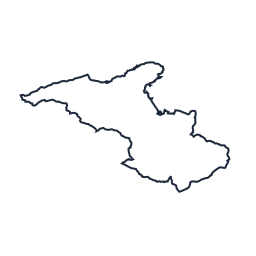 outline of Lunca De Jos, Harghita, Romania, rotated 145°
{"feature_id": "2599482B38350434394464", "entity_name": "Lunca De Jos", "entity_type": "district", "adm_level": 2, "iso_a3": "ROU", "parent_name": "Romania", "parent_adm1": "Harghita", "projection": "natural_earth1", "projection_center": [25.966, 46.606], "detail": "fine", "context": "isolated", "style": "outline", "palette": "slate", "viewbox_px": 256, "rotation_deg": 145, "n_neighbors": 0, "source": "geoboundaries", "source_scale": "gbopen_adm2", "svg_char_len": 5749}
<svg xmlns="http://www.w3.org/2000/svg" viewBox="0 0 256 256"><g transform="rotate(145 128 128)"><path d="M197.2,216.3L197.2,215.5L197.5,215.1L197.4,213.8L197.9,212.3L198.3,211.8L196.7,210.2L196.3,209.4L197.0,208.4L194.4,206.6L193.7,205.4L193.8,204.9L193.6,204.2L192.3,202.9L193.1,201.8L193.0,201.3L192.1,200.2L191.7,199.9L189.3,199.8L186.4,200.2L183.9,199.9L183.0,200.0L181.9,199.4L180.1,198.8L180.2,197.8L180.1,197.3L179.7,196.8L177.3,196.0L176.5,195.6L175.2,195.3L173.6,194.4L172.9,193.6L171.7,190.9L171.3,190.4L170.7,189.9L169.6,189.5L169.0,188.3L167.3,185.9L164.6,183.7L164.3,183.0L164.7,181.9L165.4,181.0L167.0,180.1L167.4,179.0L168.1,178.2L168.2,177.8L166.7,175.6L166.4,175.0L166.5,174.0L167.2,173.1L164.5,172.0L163.7,171.5L162.4,170.0L161.9,168.9L162.0,168.7L161.7,168.5L161.8,168.0L162.4,167.1L162.3,166.0L161.8,164.8L161.6,162.5L162.4,161.7L163.3,161.3L163.3,159.9L161.2,157.4L159.5,155.0L158.7,154.5L158.0,153.7L157.8,152.2L156.7,150.7L155.3,146.9L154.9,143.6L155.4,143.4L153.9,143.0L151.5,143.5L148.2,142.3L147.6,140.5L146.8,139.2L145.4,138.0L143.8,137.0L142.1,136.4L141.4,135.5L140.6,133.9L139.0,132.7L138.5,132.0L138.0,130.0L137.2,128.2L137.5,126.5L137.5,125.2L136.3,123.5L135.9,122.1L132.8,118.9L133.4,117.6L133.8,115.9L133.5,114.9L133.7,114.1L134.5,112.8L135.6,111.9L136.7,111.5L136.8,110.8L137.1,110.5L139.2,111.0L140.7,108.8L142.5,104.2L142.5,103.6L142.1,102.3L142.2,100.6L141.9,99.4L143.7,100.0L144.5,100.7L144.8,101.7L145.7,101.9L145.7,102.2L145.8,102.2L147.8,102.5L150.2,102.1L151.4,102.6L153.3,102.5L153.1,102.1L151.3,99.2L150.3,96.9L148.3,93.2L145.0,89.9L145.2,88.1L144.8,85.6L145.3,84.3L144.6,83.5L144.6,82.6L144.1,82.1L143.8,81.3L144.4,80.5L144.1,79.8L143.7,79.5L143.7,79.2L143.1,78.8L142.3,78.0L140.8,77.3L140.1,76.7L139.7,76.5L139.6,75.4L139.2,74.9L139.1,73.8L138.4,73.1L137.3,70.8L136.5,70.2L135.5,68.8L135.6,68.5L135.3,68.3L134.9,67.1L134.0,67.0L132.9,66.3L132.4,65.8L132.2,65.3L129.8,63.9L129.7,63.2L129.4,63.0L129.0,62.8L128.6,62.9L128.5,62.6L127.9,62.5L126.5,61.9L126.2,61.4L122.7,63.3L120.3,63.7L121.2,63.1L121.6,62.5L122.0,60.3L123.5,57.9L123.7,57.3L123.3,56.1L122.6,55.4L121.6,53.4L121.6,53.1L122.8,50.7L122.7,46.7L122.1,46.1L114.5,44.5L114.1,44.7L113.0,44.4L111.4,44.9L109.5,46.3L107.8,47.9L107.2,47.8L105.5,47.1L102.7,44.6L102.3,44.4L100.1,43.7L97.3,43.7L95.5,43.0L93.8,42.7L91.4,41.5L88.8,41.5L88.3,41.9L87.4,41.6L86.4,42.0L86.0,41.8L85.9,42.3L85.1,42.7L82.2,43.3L76.5,43.3L74.9,42.9L71.9,40.0L70.9,39.7L68.8,41.2L66.1,42.3L65.3,42.9L64.9,43.3L65.4,43.7L65.4,44.3L64.3,44.2L62.7,44.5L62.1,46.8L62.3,47.6L62.1,48.7L61.8,49.4L61.6,49.8L59.4,50.9L59.0,51.3L58.4,52.1L57.7,53.7L58.6,55.4L59.0,57.1L58.8,57.7L58.9,58.3L59.2,58.6L60.0,59.1L60.7,59.8L61.6,60.3L62.3,61.1L62.4,62.1L63.0,62.6L64.2,64.6L65.7,65.5L66.0,67.2L66.2,67.7L67.0,68.1L67.7,70.1L70.1,71.6L70.9,71.6L71.4,72.6L71.1,75.6L71.8,77.5L72.2,78.1L72.6,79.2L73.3,79.7L73.3,80.1L73.1,80.3L73.2,81.0L74.0,81.9L74.9,82.6L75.1,83.0L77.7,83.4L79.1,83.1L79.6,86.1L80.2,86.7L79.2,87.1L77.4,87.1L77.4,87.6L76.2,88.2L75.1,90.8L74.1,92.0L73.4,92.4L72.4,92.4L70.4,93.1L69.6,93.7L69.6,94.1L67.1,97.5L67.4,98.3L65.2,99.7L64.2,101.3L63.5,102.1L63.3,103.2L63.8,104.0L65.1,104.9L67.3,105.6L68.1,105.0L69.9,104.5L70.9,104.6L71.7,105.7L72.4,107.2L73.5,108.6L75.9,112.5L76.4,112.9L78.7,115.2L79.1,115.4L79.7,114.7L80.6,114.3L81.7,113.4L82.4,113.2L82.8,114.3L84.0,114.7L86.8,116.9L86.9,117.0L85.6,117.8L86.6,119.4L87.2,119.8L87.3,120.3L87.1,121.1L87.2,121.5L87.5,121.8L89.9,120.0L90.2,119.5L90.9,119.3L91.3,119.6L93.3,120.0L92.6,121.2L92.3,121.1L91.9,122.1L92.1,123.0L92.5,123.4L92.8,123.5L93.4,123.0L93.6,122.6L93.5,122.2L94.1,121.4L94.6,120.9L95.8,122.7L93.9,124.0L94.0,124.3L93.4,125.5L93.4,130.6L93.3,136.0L93.1,137.2L92.4,137.8L91.2,138.5L92.6,139.2L93.3,139.2L93.3,139.6L93.1,139.9L93.1,140.4L93.6,141.5L93.0,142.1L93.0,142.9L92.6,143.2L92.4,143.8L92.1,144.0L91.7,144.6L92.0,144.8L92.2,145.5L92.0,146.6L92.4,146.4L93.0,146.9L93.6,147.0L94.2,147.5L94.1,147.9L93.4,148.8L93.6,149.3L92.9,149.4L92.4,149.7L91.7,150.3L90.9,151.4L90.2,151.5L89.8,152.3L88.4,152.8L86.9,152.6L85.8,150.9L85.8,149.8L85.3,149.9L85.5,150.1L85.5,150.6L85.3,150.5L85.6,151.2L84.7,152.2L81.1,151.1L79.9,151.1L79.8,150.9L79.3,150.9L79.1,151.6L78.3,151.4L75.0,152.1L74.7,151.2L73.9,150.9L72.8,150.6L71.6,150.8L72.9,151.9L73.7,152.8L72.7,153.7L72.5,154.2L72.6,154.7L71.9,154.7L70.7,154.0L70.1,153.8L68.1,153.7L68.0,154.3L67.7,154.6L66.0,155.0L65.5,155.3L65.0,156.1L65.2,156.8L64.4,157.6L64.2,158.1L64.4,158.7L65.2,159.3L65.7,159.9L65.5,160.9L66.0,162.3L66.9,163.7L68.5,164.8L69.0,165.7L69.2,166.8L71.9,168.9L75.8,171.0L76.8,171.2L78.0,171.1L79.4,171.9L81.2,172.6L82.0,172.6L82.9,172.3L83.5,172.4L83.4,173.0L84.0,173.2L84.8,173.1L85.0,174.0L85.9,173.7L86.9,173.4L86.7,173.0L87.9,173.5L87.7,172.8L89.1,172.4L89.4,173.3L91.0,173.1L91.6,173.5L91.6,173.8L94.5,174.5L95.2,175.1L96.5,174.8L97.8,173.9L99.0,174.4L99.9,173.2L101.1,172.6L101.5,172.7L102.1,173.7L102.6,174.1L105.0,174.5L106.0,175.6L108.1,176.8L109.2,176.5L110.4,176.9L111.2,176.8L112.2,177.2L113.2,177.0L114.6,175.9L115.6,176.3L117.3,176.5L117.2,177.1L118.3,178.1L118.3,176.6L118.9,176.6L119.4,177.0L119.0,177.3L118.9,177.6L120.0,178.0L120.0,178.6L123.4,180.3L124.1,181.1L124.2,181.6L124.9,182.3L125.8,183.7L130.8,188.5L131.1,190.9L130.5,193.2L130.5,194.9L138.0,196.9L139.0,197.5L140.6,197.9L142.8,198.9L145.5,199.0L149.1,201.0L151.1,201.2L151.7,201.5L153.6,203.3L154.3,203.7L156.3,204.5L159.8,205.1L163.2,207.4L164.5,207.6L166.1,207.4L168.6,208.3L170.3,208.7L171.2,208.5L173.6,209.1L175.1,211.0L175.8,211.4L176.8,211.4L178.5,210.9L178.9,211.2L180.0,210.9L180.5,211.0L181.3,210.6L185.0,212.0L186.0,212.2L188.5,212.3L189.3,211.7L191.5,212.3L194.0,213.4L194.2,214.1L195.2,215.6L197.2,216.3Z" fill="none" stroke="#1e293b" stroke-width="2"/></g></svg>